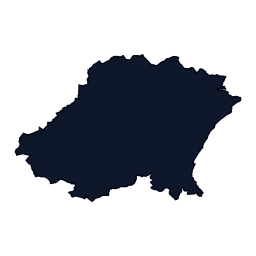 the district of Gorey Lea-6, Wexford, Ireland
{"feature_id": "5873133B62102749120694", "entity_name": "Gorey Lea-6", "entity_type": "district", "adm_level": 2, "iso_a3": "IRL", "parent_name": "Ireland", "parent_adm1": "Wexford", "projection": "robinson", "projection_center": [-6.324, 52.694], "detail": "fine", "context": "isolated", "style": "filled", "palette": "ink", "viewbox_px": 256, "rotation_deg": 0, "n_neighbors": 0, "source": "geoboundaries", "source_scale": "gbopen_adm2", "svg_char_len": 5803}
<svg xmlns="http://www.w3.org/2000/svg" viewBox="0 0 256 256"><path d="M21.7,135.6L21.4,136.3L20.0,137.7L19.7,138.8L20.0,140.1L19.6,140.8L19.3,140.9L19.3,141.9L20.1,143.2L20.3,145.0L19.4,146.5L19.7,147.0L18.3,148.3L16.4,149.4L15.8,150.6L15.4,151.9L15.7,152.1L15.8,152.9L16.7,153.2L16.6,154.3L16.9,155.1L18.1,154.5L20.0,154.3L22.3,153.5L30.8,155.4L30.1,156.3L27.8,158.2L27.2,159.5L26.2,160.3L27.2,161.3L27.1,161.5L28.1,162.4L28.6,163.4L29.3,163.8L31.2,164.1L31.2,165.8L32.0,167.5L32.0,168.7L32.7,170.1L33.3,170.5L34.1,172.6L33.9,173.2L34.9,174.6L35.7,176.5L37.0,176.1L39.4,176.0L40.9,176.6L44.7,176.7L46.5,177.5L49.7,180.3L50.1,181.2L50.8,182.0L50.9,182.9L50.7,183.3L53.2,183.0L56.2,182.2L59.5,179.5L60.8,179.0L63.0,179.6L67.1,181.6L67.7,181.9L67.7,182.2L70.1,182.6L71.8,183.8L72.7,183.5L75.3,184.2L75.6,184.4L75.7,185.2L76.3,185.8L76.1,186.1L75.7,186.1L75.3,186.9L74.6,187.1L74.1,187.9L74.6,189.2L75.2,190.0L75.1,190.3L73.6,190.8L72.8,191.5L72.0,191.8L70.4,191.9L69.0,192.5L70.0,193.5L71.1,194.0L71.7,196.2L72.6,196.9L75.4,195.7L81.7,197.3L84.7,198.6L86.1,196.8L86.7,196.4L87.3,197.6L88.8,198.5L89.3,199.3L90.6,199.8L91.3,201.1L92.4,200.9L93.6,200.3L93.8,199.6L94.9,198.6L96.2,198.0L99.6,197.0L101.3,195.8L102.3,195.4L104.9,195.1L108.0,195.4L108.7,194.7L108.2,193.4L109.1,191.1L109.2,189.6L109.8,189.2L111.6,188.7L111.8,188.5L111.7,187.6L112.2,187.5L113.1,188.2L115.6,188.5L119.0,187.5L120.6,186.5L121.8,186.3L123.5,186.6L126.2,186.5L127.5,186.1L129.2,184.8L131.2,185.2L134.1,183.4L136.2,179.0L136.1,176.6L136.4,175.1L140.6,175.7L141.2,176.2L142.3,176.6L143.7,175.6L145.2,176.1L146.7,175.8L147.2,175.4L147.9,175.3L148.6,174.5L149.6,174.2L149.8,173.7L150.1,173.6L150.1,173.2L150.4,173.1L151.0,173.2L151.9,174.6L150.9,175.6L150.4,177.8L151.2,178.6L152.9,179.1L153.7,179.9L152.5,181.1L150.8,181.9L150.7,182.2L151.0,182.7L152.6,184.2L153.0,185.0L153.4,185.2L153.9,186.2L151.3,187.2L151.2,187.8L152.2,188.5L152.4,188.8L153.4,188.8L154.4,189.4L155.6,189.6L156.8,189.6L158.3,190.7L159.2,191.1L160.2,191.1L161.3,191.1L162.2,190.8L162.5,190.2L163.3,189.8L163.3,189.4L164.0,189.1L164.2,188.2L164.8,187.7L166.6,187.9L167.9,187.6L170.2,189.9L170.1,190.9L169.5,191.7L169.8,192.7L169.4,193.2L169.6,193.9L173.9,197.8L175.5,199.6L176.5,199.3L177.8,198.5L178.0,198.1L178.3,197.2L178.0,196.1L178.3,196.0L178.6,195.1L179.3,194.7L179.6,193.1L180.9,192.2L181.4,191.6L181.5,190.6L181.1,190.3L181.1,189.7L182.2,187.6L183.6,188.0L183.7,190.0L184.2,190.2L184.6,190.8L185.3,190.5L186.2,191.0L186.9,190.6L188.2,190.6L188.5,191.7L187.4,193.3L187.8,194.1L189.7,194.2L192.2,193.7L192.6,193.9L194.1,193.8L196.2,192.9L197.9,192.9L197.4,194.2L197.9,195.0L198.3,194.8L198.6,195.4L199.5,196.1L201.2,196.1L201.9,194.1L202.8,192.8L202.1,192.4L201.6,190.8L200.0,189.8L199.7,188.9L199.2,188.9L198.4,188.4L197.7,186.3L197.1,186.3L196.4,185.8L195.9,183.2L195.9,182.1L195.7,181.8L194.7,181.9L194.1,181.3L193.1,178.1L192.0,177.4L191.6,176.6L191.7,173.2L192.3,169.7L193.4,167.5L193.5,166.7L194.4,165.3L194.2,165.0L194.4,164.1L194.7,164.0L193.3,163.1L193.2,162.2L193.5,160.7L198.1,153.2L201.2,149.0L202.7,147.4L202.6,145.7L203.9,142.5L205.6,140.4L205.6,139.9L206.4,138.8L207.2,138.2L207.2,137.9L206.8,137.6L206.9,137.1L207.9,135.8L208.0,134.8L208.6,134.1L208.6,133.7L209.5,132.9L209.4,132.1L211.7,129.6L214.1,127.6L214.2,126.8L214.7,126.1L214.6,124.8L217.2,122.1L220.7,119.1L226.7,114.6L229.4,113.3L229.7,112.9L230.2,112.9L230.5,112.6L231.0,112.1L230.9,111.7L231.3,111.4L231.3,111.1L230.9,110.8L230.9,110.0L231.2,109.4L231.0,108.8L231.1,108.2L231.4,108.1L231.2,108.0L231.5,106.4L236.8,102.2L239.3,101.2L239.3,100.9L240.1,100.7L240.6,99.9L240.3,98.9L240.6,98.6L240.1,98.1L240.2,97.7L239.5,97.8L238.6,97.1L236.1,96.5L234.1,96.9L232.2,96.9L230.4,95.5L228.1,95.0L227.5,93.6L228.3,93.0L228.0,92.6L226.9,92.1L227.1,91.8L222.1,89.8L220.6,90.1L219.8,89.9L217.6,90.1L216.9,89.7L216.8,88.9L217.4,88.6L218.3,88.5L218.8,88.8L219.6,88.7L219.5,88.3L220.6,87.9L221.0,88.2L221.6,88.1L221.9,88.3L222.4,88.0L222.8,88.3L224.3,88.1L224.5,88.7L225.4,89.0L225.3,88.4L224.3,88.1L224.5,86.7L223.2,86.7L222.5,86.4L222.4,86.6L221.7,85.0L221.2,84.5L221.9,83.9L222.6,83.8L222.3,82.6L223.9,80.8L222.8,79.9L224.4,79.3L225.5,76.9L223.8,76.3L220.4,76.2L219.0,75.9L218.6,76.4L218.1,75.3L216.7,74.8L215.7,75.4L214.5,75.7L212.1,75.1L209.0,75.7L207.3,74.0L206.2,73.5L205.4,71.6L203.5,70.4L203.0,69.7L201.3,69.1L200.1,69.1L198.7,71.3L196.9,72.7L195.3,71.5L194.9,70.6L194.1,69.8L193.5,68.5L193.0,68.1L191.5,67.6L190.0,68.5L188.9,68.9L186.7,68.9L184.1,68.4L183.0,67.4L181.8,65.4L179.8,63.8L179.0,62.7L177.7,59.7L177.7,59.2L178.3,58.3L178.5,57.6L176.9,57.0L174.7,56.7L173.5,56.7L171.8,57.2L170.2,58.2L166.6,59.0L165.0,60.7L164.3,61.2L162.8,61.6L161.4,62.3L156.9,65.9L151.1,64.5L149.2,62.9L148.5,61.8L143.9,57.2L143.3,56.5L142.7,54.9L139.1,56.3L138.5,55.8L133.4,55.8L130.9,59.1L130.5,60.0L125.3,59.6L125.2,58.6L123.2,55.8L120.5,57.1L117.0,56.5L116.4,56.9L114.5,56.4L111.5,58.0L109.2,60.8L106.6,61.6L104.1,63.2L103.7,63.8L102.4,63.7L100.9,63.1L100.1,62.4L99.4,61.1L95.1,64.2L94.8,64.1L93.7,64.7L92.5,66.6L91.0,68.0L89.9,68.5L89.5,69.5L88.9,70.0L88.3,69.9L88.4,71.1L87.9,72.9L89.4,75.7L87.7,78.9L88.4,80.2L87.3,80.0L88.1,82.6L87.6,84.5L82.8,85.9L79.1,85.1L78.8,94.4L78.2,95.9L78.4,97.6L78.9,98.9L76.4,98.8L76.4,98.5L75.8,98.3L75.2,99.4L75.7,100.5L74.3,101.6L73.9,102.4L71.2,104.1L71.4,104.4L70.6,105.0L69.4,105.5L67.5,105.5L67.5,106.8L63.6,107.9L64.0,108.5L62.5,109.1L63.2,110.5L62.2,110.9L60.8,110.9L60.9,111.3L60.1,112.0L56.5,113.3L57.5,114.9L57.3,116.6L55.9,117.4L54.0,119.2L53.0,119.8L53.5,120.4L51.2,122.3L48.9,122.6L47.9,122.5L47.8,125.4L43.8,129.3L43.0,130.5L41.2,128.6L39.4,127.6L39.6,129.6L39.0,130.6L38.0,131.3L35.8,131.9L35.2,132.4L32.8,133.4L31.1,133.9L30.6,134.4L29.4,134.6L26.9,134.7L23.3,133.5L23.3,134.1L21.7,135.6Z" fill="#0f172a" stroke="#020617" stroke-width="1.5"/></svg>